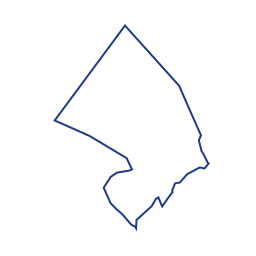 the district of Davis, Utah, United States of America, rotated 66°
{"feature_id": "52423323B15270253892889", "entity_name": "Davis", "entity_type": "district", "adm_level": 2, "iso_a3": "USA", "parent_name": "United States of America", "parent_adm1": "Utah", "projection": "orthographic", "projection_center": [-111.927, 40.961], "detail": "fine", "context": "isolated", "style": "outline", "palette": "blue", "viewbox_px": 256, "rotation_deg": 66, "n_neighbors": 0, "source": "geoboundaries", "source_scale": "gbopen_adm2", "svg_char_len": 649}
<svg xmlns="http://www.w3.org/2000/svg" viewBox="0 0 256 256"><g transform="rotate(66 128 128)"><path d="M193.2,68.8L191.9,69.3L181.8,69.7L179.1,70.2L168.1,68.3L164.4,64.3L151.8,64.3L150.8,64.3L137.6,64.3L110.3,64.1L43.7,85.7L33.2,89.1L91.3,191.9L119.7,166.3L155.0,141.5L167.4,141.2L167.4,144.2L164.3,156.2L165.6,163.6L172.7,174.5L178.1,174.5L189.6,174.5L197.7,171.5L204.2,168.4L217.8,164.3L221.0,161.6L222.8,161.4L215.4,157.6L209.1,138.3L204.3,131.6L203.7,128.5L213.6,128.7L206.9,117.6L204.7,113.4L203.2,113.2L197.7,107.5L198.9,102.8L194.3,92.9L193.3,80.1L193.3,78.3L196.1,74.6L193.2,68.8Z" fill="none" stroke="#1e3a8a" stroke-width="2"/></g></svg>